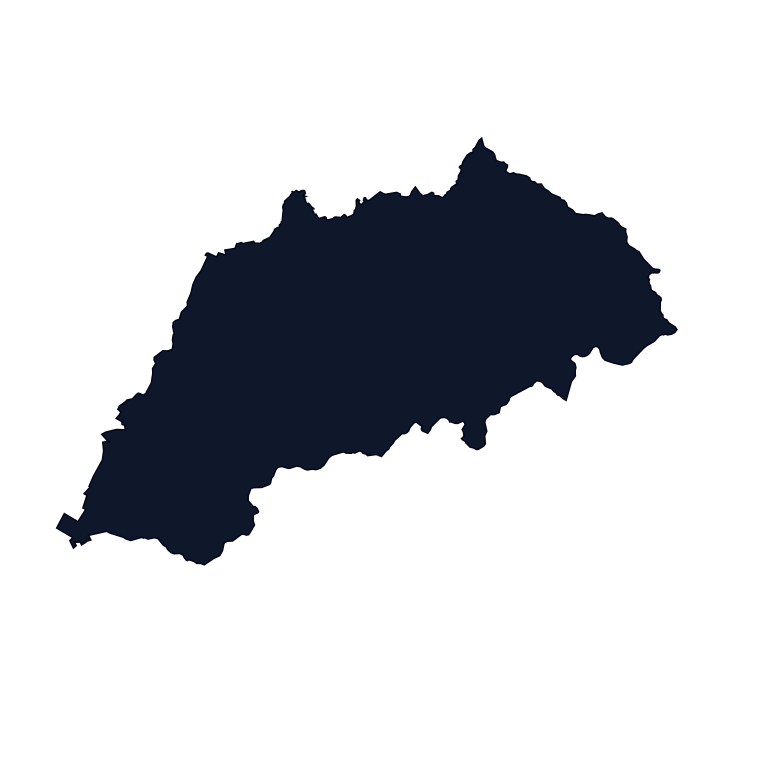 outline of Zagon, Covasna, Romania, rotated 291°
{"feature_id": "2599482B29194502926702", "entity_name": "Zagon", "entity_type": "district", "adm_level": 2, "iso_a3": "ROU", "parent_name": "Romania", "parent_adm1": "Covasna", "projection": "natural_earth1", "projection_center": [26.202, 45.704], "detail": "fine", "context": "isolated", "style": "filled", "palette": "ink", "viewbox_px": 768, "rotation_deg": 291, "n_neighbors": 0, "source": "geoboundaries", "source_scale": "gbopen_adm2", "svg_char_len": 6159}
<svg xmlns="http://www.w3.org/2000/svg" viewBox="0 0 768 768"><g transform="rotate(291 384 384)"><path d="M353.7,442.5L358.3,443.7L361.0,443.5L371.9,448.4L373.2,449.7L374.5,452.5L374.6,455.1L373.4,457.8L372.1,459.0L372.7,460.4L372.7,464.2L373.5,466.8L377.6,471.0L376.8,473.0L375.1,474.3L369.5,473.3L367.3,475.6L363.8,477.4L360.8,475.9L360.0,477.2L359.6,480.7L358.4,481.5L355.9,487.0L356.4,490.5L356.0,493.7L356.7,495.4L361.8,499.4L364.7,500.0L371.6,496.6L376.7,496.9L384.2,491.9L387.1,491.3L393.7,494.4L394.9,497.8L398.5,501.8L403.8,500.8L405.1,501.3L408.8,505.4L413.6,506.6L415.2,506.2L418.0,507.1L434.1,521.0L434.8,522.6L436.3,523.4L437.7,523.2L441.7,525.4L442.5,528.9L442.2,531.4L439.7,535.4L439.5,542.5L437.9,545.3L437.5,547.7L435.9,549.9L436.3,552.1L434.6,556.0L434.0,559.9L453.2,558.1L460.1,559.8L465.0,557.7L468.0,557.3L471.5,554.9L472.9,550.4L474.1,548.9L476.3,549.2L479.5,550.9L481.1,553.9L480.4,557.2L480.8,559.8L481.6,561.3L483.7,563.4L486.2,564.8L493.0,566.1L495.1,568.2L495.1,571.0L493.4,573.3L491.2,574.6L487.1,578.4L485.4,581.9L485.9,591.3L487.1,599.7L491.2,605.8L492.9,607.2L496.3,607.7L509.9,613.3L513.8,615.5L520.9,621.2L527.4,623.6L530.0,626.0L530.0,627.3L531.3,628.5L531.5,631.2L533.6,634.7L536.3,637.0L539.8,638.0L541.6,635.4L543.2,627.7L545.2,625.3L545.3,622.3L545.9,620.8L548.4,619.6L549.3,617.7L551.3,615.6L559.2,612.7L562.0,612.7L563.5,611.7L564.3,610.3L565.1,606.3L566.7,604.8L567.2,600.5L568.5,599.1L571.1,597.7L572.6,595.9L574.8,594.4L576.5,594.5L578.0,592.5L580.7,592.2L583.7,593.9L585.9,600.0L587.3,600.9L589.1,600.8L589.3,598.9L588.3,595.8L588.3,593.2L593.5,581.8L599.0,574.5L599.0,572.0L599.9,569.6L601.0,562.7L603.7,559.5L608.5,558.2L612.6,555.0L615.3,554.2L615.5,550.7L616.5,547.7L618.2,545.2L620.3,538.9L620.4,536.7L619.2,534.3L619.3,530.9L621.9,526.2L619.0,522.5L616.5,520.5L615.5,515.0L614.5,511.2L613.5,509.6L611.8,501.7L614.1,497.6L614.9,492.1L618.5,489.1L620.0,486.5L619.6,483.4L621.2,481.5L621.5,472.1L623.1,468.2L623.8,463.9L627.1,459.3L625.4,455.1L626.7,452.4L626.0,449.2L627.3,446.9L628.6,446.1L629.3,442.4L628.4,435.7L627.4,432.1L627.6,429.2L625.3,426.2L625.6,423.3L626.6,421.5L627.5,421.2L631.1,421.4L632.7,420.8L633.1,418.1L634.1,416.2L632.9,413.7L632.9,409.5L633.3,408.2L637.9,404.9L639.5,402.5L640.7,394.7L641.8,391.9L648.5,387.1L645.8,385.5L637.5,384.4L635.0,383.1L631.6,384.2L631.4,382.5L629.4,380.8L628.5,380.9L627.9,379.7L619.8,378.0L616.4,378.4L614.2,376.6L613.1,376.9L612.1,379.1L610.4,379.6L605.0,378.9L601.2,380.1L599.1,378.8L597.0,380.2L591.8,376.6L590.0,376.3L588.8,376.8L585.7,374.2L583.6,374.3L582.4,373.2L579.6,372.6L578.8,370.9L579.3,367.6L577.6,363.1L579.9,362.0L580.1,360.0L576.3,356.7L573.7,352.7L575.1,348.9L579.2,342.6L573.4,341.0L569.6,341.0L568.1,340.1L566.6,337.9L565.2,332.1L567.2,331.0L567.4,327.1L561.7,317.5L561.5,315.7L562.0,311.5L550.0,304.3L549.5,302.7L549.8,301.5L551.2,300.0L550.8,298.8L548.2,298.9L547.3,300.2L543.7,298.9L543.4,297.7L543.8,296.1L545.1,295.3L546.6,295.5L547.3,292.9L545.6,292.2L540.5,294.4L537.1,294.9L535.1,294.2L531.9,294.9L530.6,294.3L526.4,290.0L527.9,287.1L527.9,286.1L524.0,284.1L522.4,278.5L519.7,276.6L517.0,272.7L517.0,271.3L518.6,270.3L519.0,268.9L515.1,263.8L518.2,259.5L517.2,259.1L518.5,256.7L518.9,257.0L521.1,254.6L522.0,254.7L522.5,255.7L522.9,255.1L523.1,253.6L525.7,248.9L524.9,248.3L524.9,247.5L526.4,245.3L528.4,244.3L528.9,242.8L530.1,242.8L531.1,243.9L530.9,241.2L533.7,242.3L535.8,240.8L536.0,239.8L535.0,237.8L532.7,235.6L533.2,232.7L530.7,231.1L531.0,229.8L530.6,229.3L529.9,230.2L528.8,229.4L528.1,229.9L527.4,229.1L525.5,228.9L519.1,225.7L515.9,226.6L515.7,225.8L512.8,226.1L510.1,227.7L499.7,230.5L498.5,230.0L497.1,230.5L494.8,229.3L493.4,230.1L492.2,229.7L491.9,228.5L489.1,226.3L488.5,226.8L479.9,224.9L474.9,220.0L472.7,219.3L470.8,217.7L469.3,213.0L470.4,211.1L464.6,202.1L464.9,200.0L462.4,197.1L462.3,196.2L457.2,196.3L452.0,187.4L447.8,190.5L447.2,182.6L442.6,182.1L443.2,173.2L442.7,173.5L442.5,171.5L440.3,171.0L440.0,173.7L424.2,172.6L416.5,170.4L408.2,170.0L399.8,171.2L389.9,170.9L386.3,172.6L378.4,169.1L371.1,169.7L368.6,166.7L366.0,165.2L361.4,166.4L355.9,170.0L354.4,169.6L349.3,170.7L346.1,172.7L340.5,173.9L337.4,170.3L335.8,165.7L326.5,159.9L323.9,160.8L321.5,163.5L315.5,162.4L311.2,164.3L301.7,166.4L291.0,165.1L290.5,165.5L287.4,163.3L287.5,158.2L286.7,157.2L279.9,154.4L276.8,149.6L275.1,149.2L268.5,144.8L265.0,144.6L263.6,148.3L260.5,148.0L255.9,146.3L254.8,153.6L254.4,153.0L252.3,154.1L252.6,156.5L248.5,158.9L245.7,150.6L239.3,141.4L235.9,138.5L232.1,145.8L231.5,149.2L230.4,145.0L228.9,142.3L221.1,146.2L212.0,148.3L194.3,145.8L182.8,145.3L182.7,146.7L174.1,143.3L173.6,146.6L160.3,147.3L160.0,150.5L145.8,147.6L148.4,132.0L132.2,130.0L129.3,147.5L128.6,148.3L125.2,146.8L119.5,152.9L122.8,154.6L125.3,151.7L127.5,157.1L125.4,159.3L129.5,162.4L130.0,161.9L133.3,166.2L136.8,162.4L147.1,177.9L146.6,181.3L147.5,195.5L146.9,198.5L147.1,203.6L153.9,212.6L154.0,214.9L154.9,215.7L154.6,219.2L158.1,224.5L158.7,228.4L154.3,236.0L154.0,239.0L152.1,241.2L151.2,242.9L151.1,244.4L150.3,245.0L150.3,248.9L152.6,254.0L152.1,258.3L150.9,259.0L148.5,262.7L148.7,263.8L149.8,264.6L150.1,266.0L150.2,270.5L149.4,273.4L150.8,277.3L150.8,281.0L160.1,287.5L165.0,292.2L170.7,292.9L178.3,291.7L181.0,293.9L183.2,298.9L192.7,304.9L193.5,306.5L193.6,309.6L194.6,311.4L196.0,312.0L206.0,313.6L209.3,310.9L215.1,309.0L218.9,312.6L219.9,312.6L222.5,310.0L223.3,307.7L222.8,305.8L226.3,299.1L230.9,297.3L238.8,297.2L240.5,299.5L243.6,306.9L249.3,313.2L250.6,313.6L255.7,312.8L258.5,313.8L264.5,313.7L267.6,314.4L269.4,316.4L270.4,318.6L270.9,324.7L271.4,326.1L276.1,331.9L276.8,335.5L276.1,340.5L276.3,343.4L278.8,347.5L279.5,350.8L280.5,352.3L282.7,354.8L286.7,357.1L295.1,358.8L298.9,361.1L306.1,370.4L305.9,373.3L307.7,378.5L309.0,379.4L308.9,381.0L309.7,382.2L312.7,385.0L312.8,387.8L311.8,389.3L312.1,392.5L311.2,394.3L315.4,402.0L315.4,407.7L321.9,409.8L325.0,411.7L327.6,411.9L332.0,413.7L335.1,414.1L344.1,418.6L345.2,421.4L347.0,422.9L349.1,423.8L352.8,423.9L358.6,426.0L360.0,427.9L358.6,432.5L358.8,433.3L357.6,434.7L355.3,434.9L354.0,436.4L353.7,442.5Z" fill="#0f172a" stroke="#020617" stroke-width="1.5"/></g></svg>